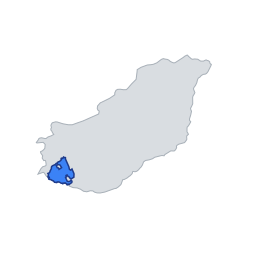 Hungary, with Zala highlighted, rotated 339°
{"feature_id": "HUN-3159", "entity_name": "Zala", "entity_type": "County", "adm_level": 1, "iso_a3": "HUN", "parent_name": "Hungary", "parent_adm1": "", "projection": "robinson", "projection_center": [16.808, 46.674], "detail": "fine", "context": "in_parent", "style": "filled", "palette": "blue", "viewbox_px": 256, "rotation_deg": 339, "n_neighbors": 0, "source": "natural_earth", "source_scale": "10m", "svg_char_len": 3967}
<svg xmlns="http://www.w3.org/2000/svg" viewBox="0 0 256 256"><g transform="rotate(339 128 128)"><path d="M206.1,81.4L208.9,81.1L209.0,81.1L209.7,81.3L210.2,83.0L210.3,83.1L211.0,84.3L211.7,85.8L212.7,86.9L214.9,87.4L217.8,88.8L219.7,91.5L222.5,92.6L223.3,92.5L225.3,92.4L225.7,92.9L227.3,94.2L228.0,95.4L227.7,96.6L228.0,97.9L228.6,98.4L227.9,99.4L222.9,104.0L220.9,105.2L219.5,105.4L217.4,104.9L215.2,105.3L213.3,106.3L211.5,106.6L210.2,107.8L208.5,110.3L206.3,112.4L204.2,113.7L203.1,114.9L203.1,119.0L201.9,120.1L200.3,121.3L199.4,122.4L197.1,128.6L195.2,130.5L193.4,132.1L193.2,133.5L193.3,135.1L191.3,138.2L188.7,141.5L188.2,142.9L188.8,144.7L186.3,146.8L184.9,147.8L183.6,148.3L182.9,149.6L181.7,152.8L182.1,154.3L182.1,155.6L180.0,156.4L179.4,157.8L178.9,159.6L178.0,160.4L175.6,161.9L169.5,161.3L167.2,161.8L166.5,162.8L166.4,163.7L165.6,164.5L164.3,165.5L162.9,166.0L159.7,164.7L152.9,166.0L151.7,166.9L150.8,166.3L149.3,165.7L142.5,164.9L139.8,165.5L136.2,165.3L132.8,164.6L130.4,165.2L128.2,167.7L127.1,168.5L126.3,169.1L124.4,169.9L122.9,170.8L120.8,171.5L118.9,171.4L117.1,170.3L116.5,170.6L116.0,171.6L115.0,172.4L112.4,173.5L111.7,173.5L109.5,174.3L106.2,174.7L104.5,174.4L101.5,177.9L100.6,178.5L97.7,179.6L95.3,180.1L93.3,179.7L92.5,179.7L83.5,179.5L78.7,178.7L75.7,177.4L73.7,175.8L72.7,174.2L70.4,173.1L66.7,172.8L63.8,171.1L61.7,168.1L59.0,165.7L55.4,164.0L52.7,161.5L50.6,158.3L46.9,155.4L41.6,152.9L40.0,152.3L39.7,151.5L37.1,148.3L35.9,147.2L36.1,145.6L35.5,144.7L34.6,144.1L34.1,141.8L33.8,140.1L33.0,139.0L27.4,138.8L32.1,134.8L34.5,133.6L37.2,133.8L38.1,133.5L38.4,132.9L38.8,131.6L39.1,130.3L39.3,129.1L39.0,128.5L37.7,128.3L37.1,125.4L37.7,124.3L38.4,123.5L37.6,120.0L37.8,118.8L40.0,118.6L41.8,117.9L43.2,117.0L43.6,116.0L44.8,113.7L43.7,111.0L37.5,109.3L37.2,108.6L38.7,107.8L40.2,106.7L41.1,105.9L42.3,105.8L43.9,106.2L46.9,108.2L48.1,108.4L49.2,107.9L50.3,107.7L53.6,107.8L56.4,107.4L55.8,105.3L55.8,103.7L55.3,102.5L55.6,101.2L56.7,100.2L57.0,97.8L58.8,96.2L59.6,96.0L62.6,96.3L63.3,96.7L63.8,96.8L68.7,100.7L73.3,103.5L77.0,105.0L82.5,105.1L88.4,105.3L98.2,104.8L105.6,104.4L106.1,103.7L107.2,101.9L106.3,100.5L106.3,98.7L107.5,96.5L111.1,94.6L121.5,93.7L127.5,92.3L128.3,90.4L130.3,88.5L132.1,88.2L134.6,89.0L137.6,90.7L140.2,91.6L141.8,91.0L147.0,88.2L153.0,85.5L157.0,78.0L157.5,76.8L162.0,76.0L168.6,76.1L172.0,77.1L174.5,77.6L178.3,77.5L183.8,75.9L185.8,75.9L187.4,77.0L189.2,78.0L190.4,79.2L191.3,80.9L191.8,81.5L192.6,82.4L194.0,83.6L195.4,83.9L205.5,81.8L206.1,81.4Z" fill="#d9dde1" stroke="#a8b0b8" stroke-width="1"/><path d="M41.8,153.4L41.4,153.1L40.1,152.4L39.9,152.3L39.5,150.7L38.5,149.9L37.4,148.4L36.3,147.9L35.8,147.5L35.7,147.2L35.8,146.6L36.4,146.4L36.6,146.3L36.8,146.1L36.7,145.4L36.2,145.1L35.7,145.1L35.7,144.9L37.1,143.0L36.9,141.7L38.3,141.7L39.5,140.9L40.1,140.0L41.5,138.9L42.0,138.2L42.4,137.3L42.9,136.6L44.0,136.2L47.0,136.0L48.1,135.4L48.7,135.6L49.3,135.6L49.6,134.9L51.0,134.6L51.7,134.7L53.1,134.4L54.3,133.8L54.6,133.4L54.4,132.9L54.8,132.4L55.6,132.4L55.7,132.7L55.9,132.9L56.2,132.9L56.5,132.9L57.4,132.0L57.7,132.4L58.0,132.7L58.8,133.0L59.0,133.3L58.8,133.8L58.6,134.1L58.5,134.6L58.9,143.0L58.5,145.6L59.4,146.8L61.0,146.2L61.2,151.1L60.8,152.4L60.3,153.3L59.9,154.5L56.5,155.2L55.7,153.7L55.4,152.3L54.6,151.6L54.3,150.0L53.1,150.1L52.9,151.6L52.0,151.7L52.0,152.8L52.1,154.3L52.2,156.0L53.4,156.7L54.9,156.9L56.1,156.4L56.6,157.4L56.4,158.2L55.9,158.8L55.3,159.0L54.8,159.0L52.7,159.7L52.0,158.9L50.8,159.3L50.6,158.8L50.7,158.2L50.4,157.6L50.2,157.4L50.0,157.1L49.6,156.7L49.4,156.7L49.4,156.9L49.3,157.0L49.1,156.9L49.0,156.7L48.8,156.6L48.7,156.5L47.8,156.3L47.5,156.2L47.3,156.7L47.1,156.7L46.8,156.1L45.8,155.6L45.3,154.9L44.8,154.2L44.3,153.7L43.6,153.3L42.8,153.1L42.5,153.0L42.3,153.0L42.1,153.1L42.0,153.4L41.8,153.4ZM48.8,141.9L50.7,141.5L51.8,141.2L51.3,138.3L49.8,137.1L47.6,137.4L47.7,139.8L48.8,140.4L48.8,141.9Z" fill="#3b82f6" stroke="#1e3a8a" stroke-width="1.5"/></g></svg>